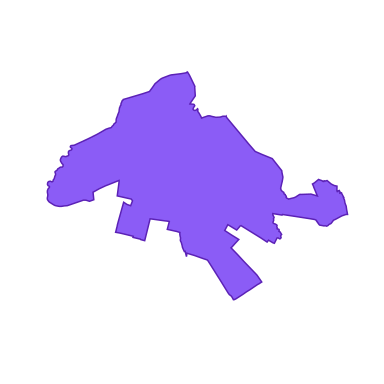 Halmeu, Satu Mare, Romania, rotated 60°
{"feature_id": "2599482B67315502601683", "entity_name": "Halmeu", "entity_type": "district", "adm_level": 2, "iso_a3": "ROU", "parent_name": "Romania", "parent_adm1": "Satu Mare", "projection": "mercator", "projection_center": [23.064, 47.974], "detail": "fine", "context": "isolated", "style": "filled", "palette": "violet", "viewbox_px": 384, "rotation_deg": 60, "n_neighbors": 0, "source": "geoboundaries", "source_scale": "gbopen_adm2", "svg_char_len": 5904}
<svg xmlns="http://www.w3.org/2000/svg" viewBox="0 0 384 384"><g transform="rotate(60 192 192)"><path d="M110.4,303.5L111.6,304.7L112.1,306.0L112.5,306.4L113.1,306.9L113.3,307.7L113.0,308.4L111.8,309.3L111.5,310.1L111.3,310.9L111.5,311.9L112.2,312.7L113.2,313.4L114.4,313.5L114.7,313.4L115.6,312.8L116.2,312.8L116.5,313.0L116.9,313.7L117.1,314.6L117.5,315.3L118.5,316.5L118.9,316.8L119.9,317.4L122.2,318.2L123.4,319.0L124.7,320.2L125.7,320.8L126.8,321.0L127.6,320.8L128.1,320.9L129.4,320.6L134.3,318.0L135.3,317.3L136.6,315.9L138.2,314.0L139.1,312.4L140.2,309.5L141.5,306.8L144.8,290.0L146.1,287.9L148.8,285.4L149.6,280.9L142.7,277.8L142.8,270.7L143.4,263.7L143.9,260.6L145.5,249.4L146.5,249.9L158.0,258.7L167.7,248.2L169.9,247.9L173.2,252.0L170.3,254.5L166.7,256.3L181.0,270.9L183.2,273.1L184.3,274.0L186.0,275.7L187.4,277.0L188.7,278.3L191.3,275.2L194.1,272.2L201.0,265.0L201.8,265.8L207.0,260.3L207.6,260.2L210.5,257.3L194.3,241.7L195.8,239.7L203.6,229.7L204.3,228.7L205.0,227.8L205.8,226.8L206.2,226.4L212.0,232.1L213.9,230.0L214.0,229.9L217.6,226.0L218.2,225.3L221.0,222.7L222.3,223.6L224.1,224.3L226.1,224.9L226.4,225.1L227.9,226.2L228.5,226.4L229.4,226.5L230.3,226.5L233.7,227.4L235.0,227.9L237.3,228.2L239.7,228.4L239.9,227.6L245.2,229.1L243.8,228.0L242.3,227.2L248.0,221.8L255.4,215.5L257.5,213.6L258.7,212.7L259.0,212.6L263.0,212.4L283.9,211.6L297.6,211.2L299.5,211.0L301.5,210.1L302.1,210.0L303.4,209.9L305.9,210.0L305.9,209.8L306.4,209.1L306.4,208.8L306.4,208.0L306.5,207.8L306.1,199.3L305.7,194.8L305.6,190.8L305.4,187.9L305.3,186.8L304.9,181.3L305.0,180.0L304.8,176.6L296.3,177.3L278.5,181.7L268.7,183.9L259.9,186.1L259.8,185.6L258.8,182.4L258.5,181.6L256.5,175.2L248.9,179.3L241.7,182.9L238.2,177.3L247.3,172.3L245.3,166.6L245.2,166.6L265.7,155.6L272.9,152.0L272.0,149.8L276.5,147.3L277.6,146.3L274.7,141.9L274.4,141.5L274.4,141.2L274.6,140.7L275.2,140.1L276.0,139.8L276.4,139.5L276.5,139.3L276.6,139.1L276.3,138.0L276.1,137.7L275.9,137.6L274.8,137.3L274.3,137.1L274.0,136.7L273.6,135.6L273.2,135.6L272.2,135.7L271.4,135.6L270.8,135.6L270.3,135.9L270.0,136.2L269.6,136.4L269.2,136.1L268.7,135.6L268.1,135.4L267.6,135.5L267.4,135.7L266.9,136.3L266.6,136.7L266.4,136.7L266.2,136.6L265.8,136.2L265.3,136.0L264.4,135.9L264.2,135.8L263.6,135.1L263.3,135.0L262.6,135.2L261.2,136.0L260.5,136.7L259.5,137.2L259.3,137.2L258.8,137.0L258.5,136.8L257.5,135.5L257.0,135.2L256.8,135.1L256.0,134.9L255.7,134.6L255.4,133.9L255.2,133.7L254.2,133.5L253.4,133.6L253.0,133.5L252.8,133.4L252.3,133.5L251.8,133.2L251.5,133.0L251.1,132.8L256.9,125.7L257.0,125.5L256.9,125.4L256.7,124.9L265.0,114.5L274.1,103.2L274.5,102.7L274.6,102.4L274.9,102.3L275.4,101.6L277.2,99.5L277.5,99.2L278.3,98.7L279.0,98.7L281.1,98.5L280.9,98.4L282.4,98.3L283.8,98.2L284.5,98.0L285.5,96.8L286.7,95.4L287.1,95.0L288.0,93.3L288.9,92.5L289.0,91.6L289.0,91.0L288.6,89.5L288.6,89.1L288.8,87.9L288.7,87.1L287.8,84.9L287.2,83.7L287.3,82.3L287.4,81.5L287.6,74.2L288.4,70.0L289.2,68.5L284.6,66.9L281.2,65.5L280.8,65.5L277.9,65.0L275.3,64.0L273.8,63.8L272.7,63.7L272.7,63.3L268.2,63.1L267.5,63.1L267.4,63.0L266.9,63.4L266.9,63.6L266.9,64.1L267.0,64.3L267.1,64.5L266.9,64.6L266.6,64.3L265.8,63.8L264.3,63.7L264.2,64.5L264.0,65.0L264.5,65.5L264.3,66.0L263.2,65.8L259.4,63.5L257.6,65.5L254.8,67.4L249.6,69.3L249.2,71.0L248.3,72.0L248.8,72.6L248.2,73.4L247.5,73.6L246.9,74.0L245.1,75.6L244.4,76.1L245.3,81.5L245.3,83.7L247.8,83.9L248.3,84.1L258.1,85.4L253.3,90.0L248.4,99.2L248.1,99.5L247.9,100.3L248.0,101.1L248.1,103.8L248.2,104.6L248.1,105.4L247.9,106.8L247.0,109.7L246.8,110.5L246.4,112.0L245.7,112.2L244.5,113.1L243.8,113.2L243.1,112.6L242.4,112.5L242.0,112.7L241.3,112.7L240.8,112.5L239.6,113.2L238.9,112.9L238.2,112.7L236.7,113.5L234.5,113.9L233.9,113.5L233.1,113.4L229.1,109.7L228.1,108.7L225.7,106.7L224.5,105.8L220.0,104.3L218.4,103.6L203.2,105.8L194.6,112.5L188.5,117.0L179.3,118.8L145.1,124.7L144.1,124.7L143.4,124.5L143.5,124.8L142.9,125.5L141.8,127.4L141.6,128.4L141.3,129.8L140.8,131.0L139.4,133.7L139.0,134.3L138.3,135.0L136.4,137.1L135.1,138.3L134.6,139.0L134.2,139.8L133.9,140.5L133.7,141.8L133.1,144.7L132.8,146.3L132.9,146.6L132.5,146.8L131.8,146.6L130.5,146.5L127.2,146.5L125.3,146.7L124.7,146.5L123.8,145.8L123.4,145.6L122.9,145.5L122.6,145.6L123.0,146.5L123.1,147.3L123.0,148.1L122.8,148.8L122.0,149.5L121.4,149.7L120.8,149.7L120.3,149.2L119.7,148.5L119.2,147.5L118.7,146.5L117.4,146.4L117.1,146.5L116.7,146.9L115.0,149.3L114.7,149.8L114.4,149.4L110.4,141.1L102.3,137.1L102.0,136.7L93.9,136.1L89.6,135.8L86.0,135.9L85.6,136.1L85.9,136.6L85.9,136.9L85.8,137.6L84.9,140.1L83.8,143.0L80.3,151.2L80.0,152.1L79.7,153.4L78.6,160.3L78.5,161.3L78.5,162.4L78.6,163.4L79.6,169.1L79.7,169.7L79.9,170.2L81.8,174.2L83.7,178.6L82.3,185.3L81.1,190.4L77.5,205.3L77.9,205.7L77.9,206.1L78.0,206.6L78.2,207.1L78.8,207.7L79.5,208.7L80.2,209.5L80.9,209.9L81.2,210.1L81.3,210.3L81.6,211.0L81.7,211.3L82.1,211.6L82.3,211.8L82.8,212.6L83.1,212.9L83.7,213.3L84.6,214.1L85.7,214.8L86.0,215.1L88.1,217.8L88.8,218.5L90.2,220.3L91.0,221.2L93.5,222.8L93.7,223.6L93.9,224.4L94.1,225.7L94.6,226.3L94.9,227.0L95.0,227.4L95.1,228.1L95.7,229.4L95.8,230.0L95.2,232.0L94.6,235.2L94.6,245.5L94.0,255.3L92.6,270.6L91.3,273.6L91.6,274.4L92.0,274.8L92.6,274.9L94.1,274.2L94.4,274.3L95.1,274.9L95.2,275.4L95.2,276.0L94.9,277.4L94.9,277.8L95.0,278.2L95.2,278.7L95.6,279.0L96.2,279.5L97.1,279.8L97.9,280.0L98.3,280.3L98.5,280.5L98.6,281.0L98.7,281.5L98.5,282.1L98.4,282.5L98.4,283.3L98.1,283.8L97.8,284.3L96.9,285.1L96.3,286.0L96.3,286.5L96.4,287.1L96.7,287.9L97.7,289.3L98.3,289.9L99.1,290.3L99.9,290.4L101.4,290.4L102.4,290.4L103.5,290.0L103.9,290.0L104.4,290.3L105.3,291.0L105.5,291.5L105.5,291.9L105.3,292.4L104.8,293.2L104.7,293.9L104.7,294.6L104.9,295.7L104.8,296.5L105.0,296.9L105.4,297.5L105.6,298.0L105.8,300.0L105.9,300.4L106.2,300.7L108.1,301.1L108.6,301.4L109.1,301.8L109.7,302.8L110.4,303.5Z" fill="#8b5cf6" stroke="#5b21b6" stroke-width="1.5"/></g></svg>